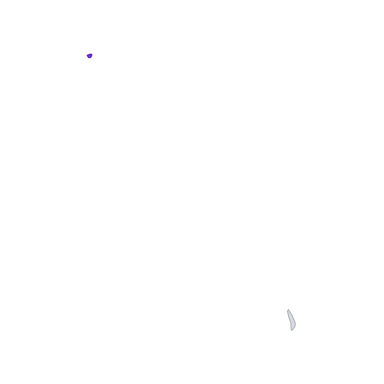 Saniuta, Tuvalu shown in context, rotated 347°
{"feature_id": "33948139B55314492398689", "entity_name": "Saniuta", "entity_type": "district", "adm_level": 2, "iso_a3": "TUV", "parent_name": "Tuvalu", "parent_adm1": "", "projection": "robinson", "projection_center": [178.686, -7.494], "detail": "fine", "context": "in_parent", "style": "filled", "palette": "violet", "viewbox_px": 384, "rotation_deg": 347, "n_neighbors": 0, "source": "geoboundaries", "source_scale": "gbopen_adm2", "svg_char_len": 903}
<svg xmlns="http://www.w3.org/2000/svg" viewBox="0 0 384 384"><g transform="rotate(347 192 192)"><path d="M262.3,345.8L258.8,349.0L257.6,348.9L258.9,342.1L258.1,335.1L258.3,329.5L259.5,328.4L261.8,334.9L263.1,343.0L262.3,345.8Z" fill="#d9dde1" stroke="#a8b0b8" stroke-width="1"/><path d="M120.9,35.5L121.0,35.8L121.0,36.0L121.1,36.3L121.3,36.6L121.4,36.8L121.5,36.9L121.6,37.0L121.6,37.3L121.6,37.5L121.8,37.7L122.0,37.7L122.2,37.8L122.4,37.8L122.5,37.8L122.8,37.8L123.0,37.9L123.3,37.8L123.5,37.7L123.8,37.4L124.0,37.3L124.0,37.2L124.3,36.9L124.4,36.7L124.5,36.6L124.6,36.4L124.8,36.1L124.7,36.1L124.6,35.9L124.4,35.9L124.4,35.7L124.5,35.5L124.5,35.3L124.5,35.2L124.3,35.2L124.2,35.2L123.9,35.2L123.7,35.1L123.4,35.0L123.2,35.0L122.9,35.1L122.7,35.2L122.5,35.3L122.4,35.3L122.2,35.4L121.9,35.3L121.7,35.2L121.3,35.3L121.1,35.4L120.9,35.5Z" fill="#8b5cf6" stroke="#5b21b6" stroke-width="1.5"/></g></svg>